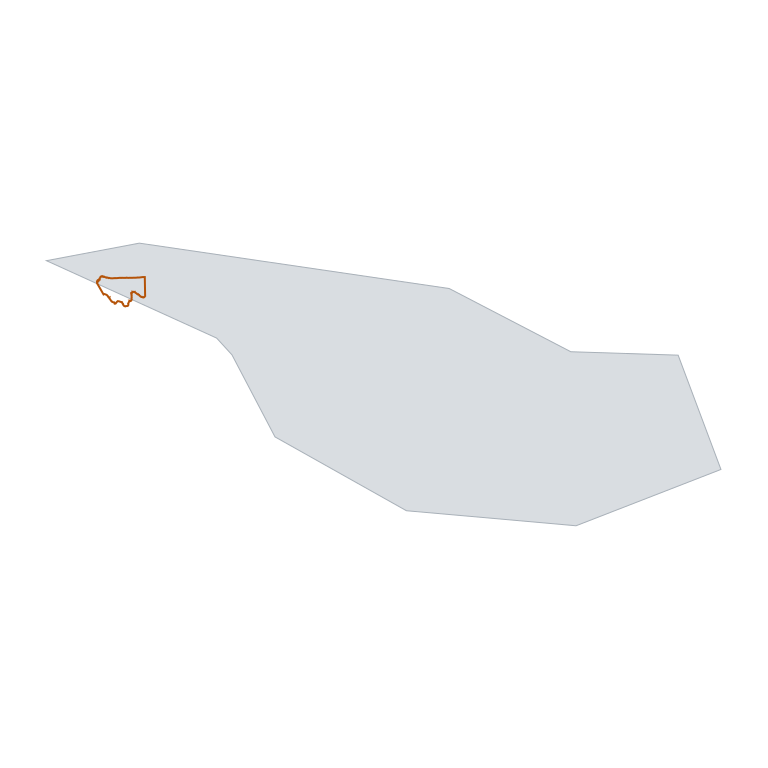 Choll, Palau shown in context, rotated 269°
{"feature_id": "81905179B4066449576994", "entity_name": "Choll", "entity_type": "district", "adm_level": 2, "iso_a3": "PLW", "parent_name": "Palau", "parent_adm1": "", "projection": "albers", "projection_center": [134.635, 7.673], "detail": "medium", "context": "in_parent", "style": "outline", "palette": "amber", "viewbox_px": 768, "rotation_deg": 269, "n_neighbors": 0, "source": "geoboundaries", "source_scale": "gbopen_adm2", "svg_char_len": 2128}
<svg xmlns="http://www.w3.org/2000/svg" viewBox="0 0 768 768"><g transform="rotate(269 384 384)"><path d="M407.7,678.6L292.7,719.4L238.9,573.5L256.9,404.2L333.0,274.1L415.8,232.5L432.8,217.5L513.2,48.6L529.1,141.8L478.3,450.9L413.0,571.3L407.7,678.6Z" fill="#d9dde1" stroke="#a8b0b8" stroke-width="1"/><path d="M495.1,146.7L495.1,144.4L494.7,140.8L494.8,139.5L494.7,139.2L494.6,137.5L494.6,129.9L494.8,128.2L494.6,127.9L494.7,124.4L494.8,123.9L494.6,122.9L494.8,122.2L494.5,118.5L494.5,117.6L494.6,117.3L494.5,116.5L494.6,116.1L494.5,115.5L494.4,114.2L494.5,112.5L494.9,110.9L494.7,110.6L495.3,109.1L495.2,108.8L495.4,108.3L495.2,108.1L496.1,106.2L495.9,105.8L496.0,105.4L496.3,105.4L496.3,104.8L496.6,104.6L496.4,104.3L496.6,104.1L496.7,103.5L496.2,102.5L495.6,102.5L494.6,101.5L494.0,101.4L493.9,101.2L493.3,101.3L493.3,101.1L492.4,100.6L492.7,100.5L492.8,100.6L492.8,100.3L493.0,100.1L493.0,99.9L492.7,99.5L492.5,99.4L492.3,99.4L491.7,98.8L491.1,98.9L489.9,98.8L478.5,105.1L478.9,105.6L478.9,105.9L478.2,107.7L477.6,108.7L476.5,109.4L476.4,109.7L475.5,110.0L475.0,110.6L475.2,111.0L474.6,110.9L474.2,111.0L473.9,111.4L471.9,112.6L471.6,113.0L471.1,113.3L471.0,113.8L470.7,114.0L470.4,114.9L470.3,115.7L469.0,116.1L469.0,116.4L469.1,117.0L470.9,118.5L471.5,119.2L471.3,120.5L470.6,122.4L470.5,123.0L470.3,123.6L469.3,123.8L468.5,124.3L468.5,124.5L467.4,124.8L466.6,125.5L466.1,126.6L466.4,127.2L466.4,128.5L466.6,129.2L467.3,129.7L468.6,129.8L468.8,129.6L470.7,130.5L471.1,130.8L471.3,131.7L471.7,131.7L471.8,131.6L471.8,132.7L472.3,133.0L472.9,133.2L473.7,133.1L474.8,133.1L475.1,133.3L476.4,133.1L477.2,133.3L477.3,133.1L478.1,133.0L479.1,132.8L479.2,133.1L479.4,133.1L479.4,133.6L479.6,133.8L480.0,134.0L480.6,134.0L480.5,134.3L480.6,134.9L480.3,135.6L480.4,136.1L480.2,136.5L480.3,136.6L479.5,137.1L479.0,138.1L478.3,138.7L477.9,139.4L478.0,139.6L477.7,139.7L477.4,140.7L476.6,141.1L476.3,141.6L475.8,142.0L475.3,142.8L475.4,143.2L475.2,143.3L474.9,144.2L475.0,144.4L474.8,144.5L474.7,144.9L474.8,145.3L475.0,145.4L475.0,145.7L475.7,146.6L475.4,146.7L495.1,146.7Z" fill="none" stroke="#b45309" stroke-width="2"/></g></svg>